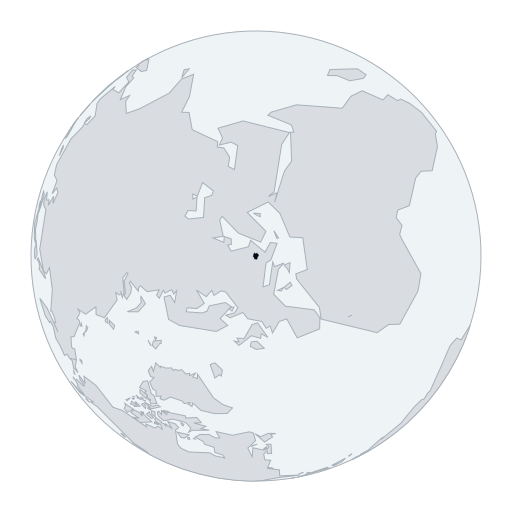 Sofia on an orthographic globe, rotated 231°
{"feature_id": "BGR-2244", "entity_name": "Sofia", "entity_type": "Province", "adm_level": 1, "iso_a3": "BGR", "parent_name": "Bulgaria", "parent_adm1": "", "projection": "orthographic", "projection_center": [23.554, 42.64], "detail": "fine", "context": "on_globe", "style": "filled", "palette": "ink", "viewbox_px": 512, "rotation_deg": 231, "n_neighbors": 0, "source": "natural_earth", "source_scale": "10m", "svg_char_len": 11906}
<svg xmlns="http://www.w3.org/2000/svg" viewBox="0 0 512 512"><g transform="rotate(231 256 256)"><circle cx="256" cy="256" r="225" fill="#eef3f6" stroke="#a8b0b8"/><path d="M168.3,48.5L176.9,46.0L170.6,48.3L174.2,47.5L182.5,44.8L187.0,43.2L210.7,40.7L238.2,37.9L246.5,35.7L245.0,37.7L260.4,33.3L275.0,33.4L258.7,34.3L257.2,35.3L267.3,35.5L267.9,36.6L273.2,37.5L273.0,39.0L263.5,40.1L263.2,41.2L270.4,41.4L274.8,43.4L264.3,42.9L270.9,46.6L256.2,50.2L228.3,49.7L220.3,54.9L192.1,63.4L194.8,64.7L185.8,69.4L185.6,72.8L180.4,74.0L184.8,75.8L189.6,74.2L193.1,74.6L193.4,76.6L186.9,78.2L185.7,77.4L184.0,78.9L180.6,79.0L182.4,80.1L174.4,82.1L182.8,83.2L176.8,87.5L171.3,88.0L171.4,83.9L159.1,76.6L153.6,76.8L145.8,80.7L132.1,96.2L126.3,98.5L118.7,104.6L122.1,104.9L129.3,100.4L133.7,103.0L141.9,97.7L144.9,98.2L153.5,94.9L152.6,100.0L147.2,106.9L140.0,110.1L137.4,113.4L144.6,114.5L131.5,124.9L123.6,140.1L120.2,142.6L112.8,139.5L111.9,128.7L102.4,126.7L108.9,132.9L100.3,139.9L99.0,143.4L99.8,146.1L103.2,145.5L100.3,149.2L92.7,143.9L95.2,140.5L97.6,142.0L97.1,137.2L91.9,134.6L88.0,138.9L84.3,132.0L81.4,135.1L79.1,135.7L83.9,131.0L75.1,139.6L70.2,136.1L58.2,152.2L69.6,134.1L73.4,127.2L76.9,120.9L74.9,123.3L82.3,112.9L83.5,111.1L95.5,98.0L108.4,85.8L122.2,74.8L136.9,64.8L152.2,56.0L168.3,48.5ZM60.5,144.0L59.9,145.2L59.4,145.9L60.5,144.0ZM37.1,202.9L37.3,202.1L37.0,206.5L34.5,216.1L36.2,212.0L34.6,221.1L35.4,237.1L34.7,238.0L34.9,263.3L39.1,283.6L40.1,294.2L39.2,296.8L41.5,303.4L41.6,306.4L54.6,332.2L64.2,350.5L65.9,360.3L61.8,362.7L67.4,378.9L65.3,375.9L57.1,361.8L49.9,347.0L43.9,331.8L38.9,316.2L35.1,300.3L32.5,284.2L31.0,267.9L30.8,251.5L31.7,235.2L33.8,218.9L37.1,202.9ZM55.1,156.6L46.6,179.3L48.2,171.6L48.5,171.8L51.3,164.8L55.5,154.9L57.8,149.2L55.1,156.6ZM58.5,154.9L59.7,151.7L59.0,154.3L58.5,154.9ZM188.9,42.5L182.5,44.7L174.9,47.0L180.1,45.0L188.9,42.5ZM203.6,39.4L200.8,40.5L197.0,40.5L199.8,39.9L203.6,39.4ZM252.2,34.3L246.9,34.5L251.9,33.9L252.2,34.3ZM273.9,37.4L275.2,37.1L277.4,37.8L273.9,37.4ZM153.4,92.4L153.4,93.6L151.8,93.6L153.4,92.4ZM157.1,90.0L155.2,89.1L156.7,87.8L157.8,88.4L157.1,90.0ZM279.2,40.8L282.2,42.3L277.5,40.9L279.2,40.8ZM159.1,91.4L159.5,85.7L162.2,83.5L168.7,84.0L159.1,91.4ZM282.9,43.3L290.5,47.3L294.1,46.7L288.3,51.1L283.8,45.9L277.3,44.2L281.9,44.3L282.9,43.3ZM190.9,72.8L185.9,74.6L189.8,71.4L190.9,72.8ZM192.6,70.7L199.6,61.0L207.3,59.7L203.4,63.0L213.1,60.3L213.3,64.3L208.1,66.8L203.1,66.7L207.0,68.4L192.6,70.7ZM283.9,53.2L284.3,54.5L282.1,53.3L283.9,53.2ZM194.8,74.5L195.5,72.5L202.2,71.2L202.0,75.0L199.9,74.1L194.8,74.5ZM215.5,57.7L220.4,57.6L222.0,60.8L224.1,61.3L214.0,64.3L215.5,57.7ZM198.5,75.5L201.7,77.0L198.8,79.5L194.5,76.4L198.5,75.5ZM204.1,69.3L207.2,68.9L205.4,70.3L204.1,69.3ZM190.5,90.0L191.2,87.3L194.7,86.3L190.5,90.0ZM203.0,77.4L204.0,76.5L205.5,75.9L206.9,77.5L203.0,77.4ZM215.8,66.5L215.5,68.0L220.0,65.4L221.4,68.0L214.4,69.7L218.0,70.0L218.4,70.8L212.3,71.4L215.8,66.5ZM212.8,77.3L204.4,80.8L202.2,85.9L199.0,86.8L203.0,78.6L212.8,77.3ZM213.0,73.7L212.1,76.1L208.6,75.9L207.0,74.1L213.0,73.7ZM224.9,69.2L224.6,64.8L226.1,64.6L224.9,69.2ZM212.9,78.8L214.9,77.9L213.1,79.1L212.9,78.8ZM222.0,72.1L221.6,70.5L223.4,70.3L222.0,72.1ZM219.2,77.7L216.5,78.7L215.3,77.5L219.2,77.7ZM221.0,75.2L223.5,75.3L216.5,76.4L220.6,74.4L221.0,75.2ZM223.7,72.2L224.6,71.6L223.6,72.9L223.7,72.2ZM225.2,82.0L216.7,83.8L214.1,80.9L222.7,79.6L225.2,82.0ZM126.9,359.9L112.5,324.9L119.2,316.1L120.2,301.9L166.0,266.9L176.1,272.9L212.5,273.1L217.1,275.7L213.2,287.3L240.8,303.9L249.4,294.3L274.1,301.4L290.3,299.5L295.4,276.6L268.9,279.2L263.9,268.4L284.9,256.7L308.1,254.7L306.9,250.5L292.0,243.0L297.0,234.0L286.8,239.6L291.2,243.6L284.9,247.5L280.5,244.1L282.4,241.0L275.4,239.7L267.9,256.0L271.6,261.7L253.2,265.4L257.5,275.6L252.6,280.4L243.6,265.1L244.2,259.3L227.6,242.1L225.2,248.3L240.8,265.3L236.0,263.8L233.0,273.3L231.6,265.0L215.2,245.7L198.5,247.3L177.6,267.3L167.8,266.8L159.3,259.6L166.4,236.5L187.7,240.3L190.5,233.0L185.8,220.4L192.7,222.9L193.4,218.4L201.4,219.4L212.3,210.2L220.4,210.2L224.3,196.9L229.0,195.3L225.3,203.4L227.1,209.4L247.1,209.8L250.9,207.0L251.8,198.5L257.2,200.0L255.6,191.8L266.9,188.3L251.7,186.0L252.4,176.9L259.1,169.9L256.6,166.6L245.7,178.2L243.9,183.3L246.7,188.2L239.2,202.8L232.4,204.9L229.9,188.7L219.9,190.3L222.3,177.7L250.1,152.9L261.8,148.2L282.0,158.7L279.5,164.6L270.9,163.5L279.1,172.6L278.3,168.0L282.8,169.5L284.6,161.8L287.8,162.5L284.0,154.2L288.2,154.2L290.6,159.5L296.8,149.0L305.5,147.5L305.3,144.8L302.7,142.4L315.4,142.5L314.7,140.6L310.3,139.7L306.1,135.5L303.6,128.2L308.1,128.6L309.6,131.3L319.6,137.9L322.9,145.5L324.5,145.0L322.7,138.6L310.5,130.4L307.8,125.9L314.0,129.0L311.5,127.5L311.5,125.5L315.8,124.0L309.2,120.4L303.4,99.3L311.1,94.9L317.3,99.6L318.0,87.0L326.6,84.2L322.5,83.3L320.1,77.4L317.4,78.1L315.2,77.3L307.8,63.8L309.6,61.4L301.7,55.6L299.6,55.3L297.9,56.7L288.3,51.1L294.1,46.7L298.6,47.5L299.1,44.6L309.3,47.3L317.9,48.6L328.7,54.0L334.6,55.0L334.1,53.8L341.8,54.6L359.3,61.4L347.2,61.0L321.5,54.3L332.2,57.2L330.3,58.3L334.6,60.5L342.1,62.7L342.5,61.9L357.7,76.3L377.0,88.3L374.1,82.0L378.0,81.4L397.4,92.2L424.1,121.7L429.5,123.3L433.6,127.3L437.2,134.2L431.3,128.4L429.9,130.5L426.1,126.5L429.8,136.4L424.5,131.2L430.0,142.0L434.1,143.9L432.7,136.7L439.9,149.0L445.7,150.1L452.5,158.6L463.5,186.1L465.5,202.4L466.9,206.2L464.5,207.1L466.1,219.2L474.5,228.4L476.0,233.8L476.4,253.3L475.5,249.6L469.1,252.1L471.4,266.7L476.4,268.0L478.2,277.0L476.0,280.1L473.7,272.7L471.4,273.2L469.5,261.3L462.8,248.9L460.3,258.8L458.1,251.9L448.4,244.9L443.5,258.8L437.2,291.0L440.4,309.5L436.5,321.9L421.8,304.7L414.5,288.7L409.7,294.3L394.3,285.9L369.0,298.2L365.0,294.4L360.3,299.0L349.4,297.7L343.1,290.8L336.7,293.6L353.4,311.3L360.2,308.3L365.3,297.2L368.7,304.3L379.2,306.9L369.1,330.9L330.9,359.7L326.6,346.2L294.2,310.2L294.8,305.1L294.6,304.6L294.2,303.7L291.9,312.1L286.1,304.3L304.1,331.6L307.4,343.5L330.4,360.7L328.4,363.4L335.6,366.0L357.9,353.8L358.2,358.4L348.0,382.6L316.6,416.0L320.4,430.4L317.6,442.5L297.3,452.9L298.4,460.0L287.8,463.7L286.7,467.3L277.8,471.5L263.3,475.0L239.2,474.8L238.2,472.3L226.9,465.9L211.4,446.6L218.0,437.6L216.1,429.1L198.6,406.8L202.5,395.1L197.7,389.1L187.9,388.7L182.2,381.1L176.2,379.7L138.5,373.1L126.9,359.9ZM150.8,289.1L149.6,293.4L150.8,289.1ZM333.3,263.9L346.7,260.7L339.5,248.1L344.1,246.0L340.0,242.7L338.9,247.2L328.7,237.8L334.1,231.8L331.8,225.9L327.2,226.8L319.0,239.5L333.6,252.8L331.0,259.6L333.3,263.9ZM35.4,237.5L35.2,241.3L34.9,238.7L35.4,237.5ZM46.8,174.0L45.8,177.4L44.7,180.5L45.2,178.5L46.8,174.0ZM42.4,201.7L42.0,206.3L41.7,203.1L42.4,201.7ZM45.7,182.7L42.6,198.4L42.1,193.3L44.3,183.7L43.7,188.1L45.7,182.7ZM55.6,158.3L54.6,160.9L53.8,161.9L55.6,158.3ZM58.0,156.8L58.1,156.2L59.3,153.9L58.0,156.8ZM100.7,140.2L101.3,140.8L101.2,144.0L99.7,143.5L100.7,140.2ZM110.4,154.0L105.6,159.7L108.0,155.0L104.9,155.0L106.1,145.6L118.5,143.4L112.7,145.9L110.4,154.0ZM111.2,133.0L109.0,138.8L110.9,132.6L111.2,133.0ZM189.4,194.7L192.2,198.2L189.3,203.0L179.1,204.4L183.2,197.4L189.4,194.7ZM196.9,202.3L197.2,186.6L203.6,185.5L199.9,188.7L204.1,189.6L199.4,195.0L205.2,209.8L203.0,215.1L185.3,214.0L192.3,211.2L189.1,207.8L196.9,202.3ZM186.8,152.9L187.0,147.3L200.5,152.1L198.8,156.8L188.5,158.1L184.5,153.4L186.8,152.9ZM170.6,94.0L169.8,92.5L171.6,91.9L173.8,92.8L170.6,94.0ZM190.5,88.8L176.0,100.6L174.3,99.3L167.8,108.4L160.9,108.6L165.3,102.6L155.2,109.9L156.4,104.6L150.0,110.1L160.7,96.7L161.4,92.6L163.2,97.0L169.5,96.8L172.5,95.5L181.4,88.9L186.1,80.5L193.1,79.4L196.8,80.9L196.7,82.7L192.2,82.8L195.4,85.2L188.8,86.7L190.5,88.8ZM236.0,105.4L230.8,103.6L236.1,110.9L229.5,111.6L230.5,112.4L225.9,115.1L222.0,120.1L219.0,119.6L218.8,121.8L215.7,123.8L214.5,126.7L208.6,127.1L206.5,130.7L204.9,128.9L203.0,135.2L201.8,130.7L197.7,133.3L201.0,136.2L172.4,133.7L161.3,136.8L152.7,142.1L151.8,134.4L159.3,124.9L170.7,116.0L181.5,114.4L179.2,111.5L183.6,110.0L183.6,112.9L186.3,107.5L190.0,107.2L200.2,100.8L201.8,93.8L205.5,91.6L206.8,94.1L209.7,90.1L214.5,93.5L217.3,92.0L225.0,94.1L225.7,100.3L228.8,98.2L234.7,100.1L236.0,105.4ZM227.2,82.8L229.6,89.4L227.2,93.2L215.0,88.0L211.7,88.9L203.8,86.2L207.5,80.9L209.4,82.1L212.2,82.1L209.9,83.7L213.8,82.4L216.5,84.1L220.3,83.6L220.0,85.9L227.2,82.8ZM222.2,271.5L225.8,272.3L231.3,272.1L229.4,278.3L222.2,271.5ZM210.8,258.5L214.0,258.0L214.1,266.1L210.4,265.5L210.8,258.5ZM215.7,251.2L214.2,257.4L212.8,253.7L215.7,251.2ZM228.3,202.7L231.6,201.9L232.0,203.9L230.2,206.8L228.3,202.7ZM250.2,129.3L247.6,127.1L248.6,126.1L246.8,119.7L251.6,119.0L254.5,122.6L250.2,129.3ZM291.0,281.0L286.4,285.9L283.9,284.1L286.0,282.8L291.0,281.0ZM256.5,283.2L264.4,285.8L255.9,284.9L256.5,283.2ZM255.1,127.4L253.8,124.8L257.0,126.1L255.1,127.4ZM254.9,118.2L258.6,119.1L251.9,118.1L254.9,118.2ZM354.4,430.8L337.6,452.7L327.5,455.6L326.4,451.4L333.1,439.2L345.2,432.5L351.3,425.1L354.4,430.8ZM477.9,294.9L477.4,297.4L478.2,292.8L478.9,288.7L477.9,294.9ZM478.1,293.3L476.0,296.2L469.0,287.8L471.6,282.9L478.0,281.5L477.8,284.9L479.1,284.6L478.1,293.3ZM480.7,272.5L480.6,273.3L480.5,267.0L480.6,260.5L481.0,257.0L479.2,226.6L479.2,225.7L481.2,249.0L480.7,272.5ZM441.3,310.5L446.0,317.5L443.5,321.9L441.3,310.5ZM476.2,209.6L478.4,222.4L475.7,207.8L476.2,209.6ZM473.2,197.8L474.2,201.0L473.6,199.9L473.2,197.8ZM469.1,211.0L468.8,215.8L467.7,213.4L467.3,206.0L469.1,211.0ZM457.7,166.1L461.9,173.1L463.3,176.3L461.2,173.8L457.7,166.1ZM293.7,120.9L290.9,130.3L292.0,137.3L297.6,141.4L288.6,140.0L286.8,129.2L293.7,120.9ZM301.7,101.7L296.8,98.7L299.6,97.7L301.2,98.3L301.7,101.7ZM298.3,101.6L291.0,102.4L288.7,99.2L294.9,99.2L298.3,101.6ZM273.1,114.2L271.9,117.0L269.4,115.8L273.1,114.2ZM475.1,203.6L475.4,205.0L473.2,196.4L473.3,196.4L475.1,203.6ZM475.1,203.9L474.1,200.2L473.6,197.9L475.1,203.9ZM471.5,190.4L471.4,189.9L471.4,190.1L471.5,190.4ZM471.4,192.4L472.2,192.8L473.1,198.1L468.0,185.4L467.2,181.6L471.4,192.4ZM434.7,123.7L432.1,121.3L430.0,117.5L432.4,120.2L434.7,123.7ZM420.6,104.5L428.5,115.8L434.4,125.7L434.9,125.0L440.5,132.1L437.1,130.2L429.5,119.3L425.8,112.9L420.7,107.8L415.3,101.2L409.4,96.8L405.5,93.0L409.7,95.2L420.6,104.5ZM407.0,95.3L394.8,86.8L392.9,82.7L395.1,83.6L401.5,89.1L402.2,90.9L407.0,95.3ZM391.3,83.7L391.7,85.6L374.7,80.1L370.7,78.1L382.6,79.2L383.7,81.2L388.2,83.5L391.3,83.7ZM286.6,54.3L284.5,54.5L285.6,53.5L286.6,54.3ZM313.8,77.9L311.0,76.6L312.3,75.3L313.8,77.9ZM304.1,72.5L304.6,74.8L302.2,72.1L304.1,72.5ZM306.0,80.2L303.9,75.6L308.6,80.3L306.0,80.2Z" fill="#d9dde1" stroke="#a8b0b8" stroke-width="1"/><path d="M253.7,255.0L253.7,254.9L253.7,254.7L253.8,254.7L254.0,254.5L254.1,254.4L254.2,254.2L254.3,254.2L254.4,253.9L254.5,253.8L254.7,254.1L254.8,254.1L255.0,254.1L255.3,254.1L255.6,253.9L255.7,254.0L255.8,254.0L255.7,254.0L255.8,254.3L255.9,254.5L256.0,254.5L256.2,254.4L256.3,254.4L256.3,254.5L256.5,254.4L257.0,254.4L257.1,254.5L257.2,254.4L257.3,254.3L257.4,254.5L257.5,254.7L257.5,254.8L257.7,255.1L257.7,255.3L258.1,255.4L258.2,255.5L258.3,255.5L258.4,255.9L258.5,256.0L258.6,256.3L258.4,256.3L258.3,256.2L258.2,256.2L257.9,256.1L257.7,256.1L257.6,256.3L257.4,256.3L257.2,256.2L257.0,256.3L257.1,256.5L257.3,256.7L257.5,256.8L257.4,256.9L257.3,257.0L257.2,257.0L257.2,257.3L257.2,257.5L257.1,257.4L256.9,257.5L256.7,257.7L256.7,257.8L256.4,257.9L256.2,257.9L256.1,258.1L255.8,258.1L255.9,257.9L255.7,257.8L255.4,257.8L255.3,257.7L255.5,257.6L255.5,257.4L255.4,257.4L255.2,257.0L255.1,256.9L255.0,256.7L255.2,256.4L255.4,256.5L255.5,256.6L255.8,256.4L255.9,256.5L256.0,256.7L255.9,256.8L256.0,256.9L256.3,256.8L256.3,256.7L256.2,256.6L256.0,256.3L255.9,256.0L255.9,255.9L255.9,255.7L256.1,255.3L256.1,255.2L255.9,255.2L255.7,255.1L255.4,255.1L255.2,255.0L255.1,255.3L255.0,255.5L254.9,255.6L254.7,255.6L254.4,255.5L254.2,255.5L254.2,255.4L254.0,255.2L253.9,255.2L253.7,255.0L253.7,255.0Z" fill="#0f172a" stroke="#020617" stroke-width="1.5"/></g></svg>